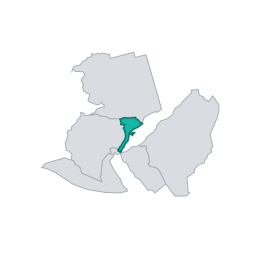 Eritrea highlighted, Robinson projection, rotated 74°
{"feature_id": "ERI", "entity_name": "Eritrea", "entity_type": "country or territory", "adm_level": 0, "iso_a3": "ERI", "parent_name": "Africa", "parent_adm1": "", "projection": "robinson", "projection_center": [39.36, 15.191], "detail": "fine", "context": "with_neighbors", "style": "filled", "palette": "teal", "viewbox_px": 256, "rotation_deg": 74, "n_neighbors": 6, "source": "natural_earth", "source_scale": "50m", "svg_char_len": 5443}
<svg xmlns="http://www.w3.org/2000/svg" viewBox="0 0 256 256"><g transform="rotate(74 128 128)"><path d="M139.3,217.3L139.2,197.1L144.8,189.0L148.0,188.9L152.3,185.0L158.7,184.8L172.4,168.1L168.3,168.2L152.3,161.6L146.9,153.9L149.7,148.9L151.3,150.0L154.5,154.6L156.9,154.6L166.8,152.5L175.2,149.4L179.5,149.1L184.3,147.7L186.6,145.8L188.4,145.8L188.2,153.5L183.6,167.7L176.4,182.9L172.3,189.1L166.5,196.7L149.8,210.9L144.4,217.6L142.2,221.8L139.3,217.3Z" fill="#d9dde1" stroke="#a8b0b8" stroke-width="1"/><path d="M59.1,166.9L55.4,164.4L53.7,162.8L54.2,156.6L51.5,153.1L51.0,149.4L49.3,147.7L49.3,144.5L48.3,142.4L46.6,142.7L48.4,138.3L47.9,136.1L49.5,134.4L48.5,133.1L52.2,125.6L56.3,125.9L56.7,101.6L62.2,101.6L62.5,90.5L119.3,90.5L120.9,96.0L119.8,97.0L120.5,102.7L122.2,109.3L126.7,112.7L124.2,115.9L120.7,116.8L119.2,118.5L116.5,130.3L117.1,132.5L116.3,137.3L114.3,142.8L111.3,145.5L108.7,152.0L106.4,153.6L104.9,159.4L105.0,164.3L105.0,160.0L104.3,159.9L103.8,155.2L101.3,153.1L100.7,149.1L101.3,145.0L99.1,144.6L98.8,145.8L95.8,146.1L97.0,147.7L97.4,151.1L92.2,158.1L89.7,158.7L85.6,155.4L83.8,156.6L83.3,158.2L80.8,159.2L80.6,160.4L75.7,160.4L75.1,159.2L71.6,159.1L69.8,160.0L68.4,159.5L65.1,154.8L61.6,155.5L59.0,163.1L55.8,164.7L59.1,166.9Z" fill="#d9dde1" stroke="#a8b0b8" stroke-width="1"/><path d="M192.2,107.1L197.8,120.2L194.3,121.7L193.3,126.0L180.8,130.9L176.5,134.9L172.9,134.8L170.1,137.1L161.7,138.8L158.6,142.1L151.3,142.4L150.0,139.2L150.2,136.2L147.0,128.1L148.0,127.9L147.8,121.9L149.9,120.1L149.4,117.7L150.7,115.0L152.7,116.5L159.6,115.8L167.0,116.7L168.2,118.5L170.5,117.6L173.8,111.8L178.3,109.3L192.2,107.1Z" fill="#d9dde1" stroke="#a8b0b8" stroke-width="1"/><path d="M110.5,49.7L115.8,50.6L119.0,46.9L122.5,46.1L123.3,44.3L124.9,43.3L120.3,37.8L130.5,34.2L136.1,35.7L143.1,39.6L156.5,50.7L169.5,51.7L170.7,54.3L174.0,54.2L176.0,59.0L178.3,60.2L179.2,62.2L182.5,64.5L183.0,70.5L185.9,75.2L187.3,76.3L188.6,75.9L191.7,85.0L206.2,87.8L207.1,86.6L209.4,90.5L206.5,101.6L192.2,107.1L178.3,109.3L173.8,111.8L170.5,117.6L168.2,118.5L167.0,116.7L159.6,115.8L152.7,116.5L150.7,115.0L149.4,117.7L149.9,120.1L147.8,121.9L145.3,115.6L142.8,113.6L140.3,109.0L138.9,104.4L135.5,100.6L133.4,99.7L130.2,94.4L129.9,87.3L127.1,81.1L122.3,77.8L119.7,70.5L118.3,69.3L111.3,56.9L108.9,56.9L110.5,49.7Z" fill="#d9dde1" stroke="#a8b0b8" stroke-width="1"/><path d="M172.4,168.1L158.7,184.8L152.3,185.0L148.0,188.9L144.8,189.0L143.5,190.8L140.1,190.8L138.2,188.9L133.7,191.2L132.3,193.5L125.2,192.5L119.0,187.8L115.6,187.8L113.9,186.0L114.0,182.9L111.4,182.0L108.5,175.9L106.3,174.6L105.5,172.4L103.0,169.7L100.0,169.3L101.7,166.2L104.3,166.0L106.4,153.6L108.7,152.0L111.3,145.5L114.3,142.8L117.1,132.5L122.7,133.7L124.2,129.5L127.2,132.1L130.0,130.8L131.2,131.9L134.5,132.0L138.7,134.2L142.1,137.9L145.8,143.0L142.5,148.0L142.9,151.2L146.8,150.9L147.9,151.9L146.9,153.9L152.3,161.6L168.3,168.2L172.4,168.1Z" fill="#d9dde1" stroke="#a8b0b8" stroke-width="1"/><path d="M145.8,143.0L147.9,143.4L149.4,142.1L150.5,143.8L150.4,146.1L147.6,147.4L149.7,148.9L147.9,151.9L146.8,150.9L142.9,151.2L142.5,148.0L145.8,143.0Z" fill="#d9dde1" stroke="#a8b0b8" stroke-width="1"/><path d="M117.5,133.4L117.4,131.9L117.3,130.8L117.2,129.7L117.1,128.6L117.5,127.9L117.7,127.3L118.3,125.3L118.5,124.9L118.9,123.8L119.0,123.5L119.4,122.1L119.4,121.2L119.3,120.3L119.6,119.8L119.8,119.3L119.7,119.0L119.8,118.1L119.9,117.9L120.2,117.9L120.7,118.0L121.1,117.9L121.5,117.9L121.9,117.9L122.1,117.6L122.3,116.6L122.5,116.4L123.0,116.2L123.4,115.9L123.7,115.7L123.8,115.7L124.0,115.6L124.3,115.5L124.5,115.4L124.8,115.3L125.2,115.3L125.4,115.2L125.6,115.1L125.8,115.1L126.0,114.8L126.1,114.7L126.4,114.4L126.5,114.3L126.6,114.1L126.6,113.9L126.8,113.7L127.2,113.0L127.7,112.7L129.1,115.9L129.7,117.8L130.2,119.7L130.6,122.7L131.0,124.2L131.6,125.0L132.0,126.4L132.3,126.4L132.6,126.8L133.0,128.1L133.3,128.6L133.5,128.2L133.4,127.6L133.5,127.0L133.7,126.7L134.3,127.1L134.6,127.5L134.7,128.1L134.8,128.5L135.4,129.2L135.9,129.5L136.5,129.5L137.0,129.7L137.5,130.0L138.3,130.7L140.1,131.4L141.6,133.5L142.4,135.0L145.3,137.2L145.8,138.2L146.0,139.2L146.6,139.2L147.7,140.3L148.0,141.2L148.8,141.5L149.0,141.0L149.4,141.4L149.5,142.0L149.0,142.3L148.4,142.5L148.1,142.8L147.8,143.6L147.5,143.9L147.4,143.9L146.4,143.1L146.1,143.2L146.0,143.4L145.5,142.8L145.2,142.3L144.8,141.7L144.3,141.4L143.9,141.1L143.4,140.3L143.0,139.4L142.3,138.7L141.0,137.6L139.8,136.3L138.9,135.0L138.4,134.3L138.1,134.1L136.9,133.6L136.1,133.0L135.5,132.5L135.1,132.3L134.7,132.3L133.9,132.4L133.2,132.1L132.9,132.1L132.5,132.0L132.1,131.9L131.7,132.0L130.8,132.3L130.5,132.2L130.3,131.9L130.2,131.6L129.9,131.4L129.6,131.4L129.5,131.6L128.6,132.2L127.1,132.5L126.8,132.5L126.5,132.3L125.8,131.3L125.5,131.1L125.4,131.1L125.0,131.0L124.7,130.8L124.4,130.4L124.1,130.1L123.8,130.9L123.3,132.3L123.0,133.1L122.6,134.0L122.3,134.0L121.5,132.8L121.1,132.4L120.7,132.4L120.5,132.6L120.3,133.0L120.1,133.3L119.9,133.4L119.5,133.3L118.9,133.1L118.3,133.2L117.6,133.4L117.5,133.4ZM135.1,125.5L135.3,125.8L135.4,125.7L135.5,125.6L135.6,125.4L136.4,125.8L136.3,126.1L135.9,126.1L135.3,126.0L134.8,126.0L134.3,125.9L134.1,125.5L134.5,125.7L134.5,125.3L134.1,125.2L134.1,124.9L134.3,124.9L134.4,124.7L134.2,124.4L134.6,124.5L134.8,124.7L135.0,124.9L135.1,125.5ZM134.7,123.3L134.9,123.9L134.4,123.7L134.6,123.3L134.6,123.2L134.7,123.3Z" fill="#14b8a6" stroke="#0f766e" stroke-width="1.5"/></g></svg>